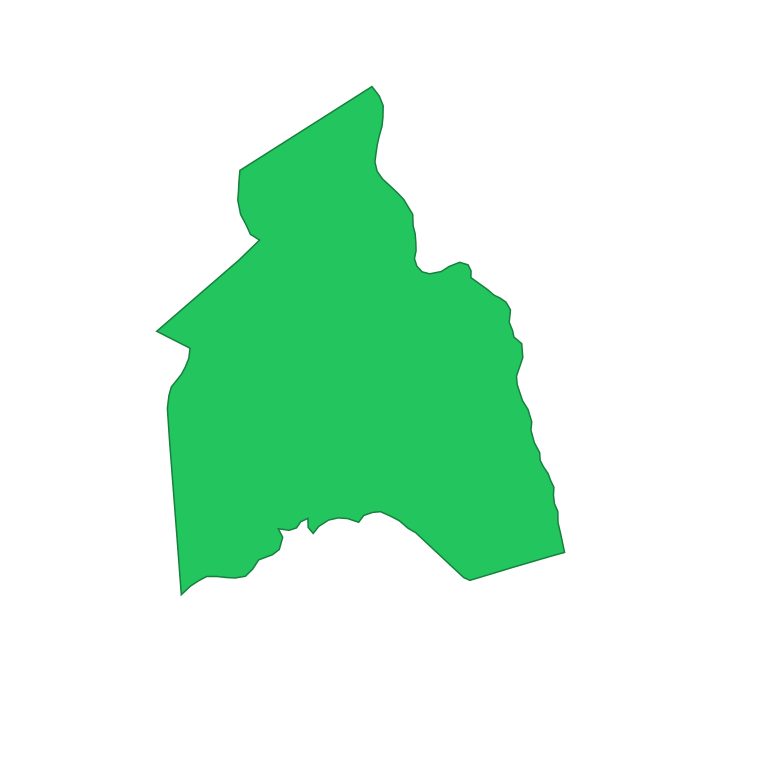 the district of São João do Jaguaribe, Ceará, Brazil, rotated 112°
{"feature_id": "56859067B82663693461417", "entity_name": "São João do Jaguaribe", "entity_type": "district", "adm_level": 2, "iso_a3": "BRA", "parent_name": "Brazil", "parent_adm1": "Ceará", "projection": "orthographic", "projection_center": [-38.275, -5.311], "detail": "fine", "context": "isolated", "style": "filled", "palette": "green", "viewbox_px": 768, "rotation_deg": 112, "n_neighbors": 0, "source": "geoboundaries", "source_scale": "gbopen_adm2", "svg_char_len": 1587}
<svg xmlns="http://www.w3.org/2000/svg" viewBox="0 0 768 768"><g transform="rotate(112 384 384)"><path d="M655.3,493.0L643.8,487.7L636.2,482.4L628.9,476.3L625.0,466.6L622.5,457.7L619.7,449.5L614.2,440.5L604.8,436.4L594.0,434.3L584.0,423.4L576.7,419.1L564.1,420.5L557.8,427.8L555.2,417.2L550.2,411.2L542.9,409.6L537.1,404.2L545.4,400.6L549.1,393.7L540.4,391.1L530.9,384.4L525.3,376.3L522.4,367.3L521.7,355.7L513.4,353.5L507.2,346.3L503.7,339.4L504.0,329.6L505.0,318.8L508.8,307.5L510.0,298.9L533.6,237.7L533.9,230.8L506.8,197.2L483.4,167.6L472.5,153.5L456.0,164.6L447.4,170.7L437.0,175.1L431.3,181.0L423.7,185.2L416.1,187.8L411.3,193.1L405.6,198.3L400.9,205.3L396.3,210.6L389.4,213.9L382.1,222.6L371.7,230.5L363.8,232.8L353.7,240.9L347.6,249.3L340.7,255.2L334.6,260.3L327.1,264.1L307.5,265.2L295.0,271.4L291.8,281.1L286.3,284.8L279.9,291.0L267.9,294.5L262.5,301.4L260.8,308.6L260.4,315.3L257.8,322.9L255.6,331.8L252.8,343.3L246.6,345.6L242.0,350.7L242.8,359.4L250.7,367.7L258.3,373.1L264.7,382.9L265.7,390.6L262.5,397.6L256.4,402.7L248.4,404.2L240.8,407.5L233.0,411.4L226.5,416.2L216.0,420.9L205.6,434.7L202.1,442.3L198.7,450.9L194.5,462.1L189.3,470.1L181.5,475.6L173.6,477.7L164.9,479.8L155.9,481.3L145.8,482.4L137.1,484.9L126.3,489.0L118.8,496.2L112.7,506.6L239.9,597.6L251.1,594.2L259.0,591.4L268.4,588.4L280.6,580.4L288.2,571.3L295.3,563.9L297.2,553.3L324.3,565.3L331.0,568.8L420.3,614.5L423.5,577.3L433.1,574.6L442.8,574.6L450.6,575.4L458.2,577.6L466.5,580.1L475.2,579.1L487.8,575.7L515.5,562.3L613.8,513.5L655.3,493.0Z" fill="#22c55e" stroke="#15803d" stroke-width="1.5"/></g></svg>